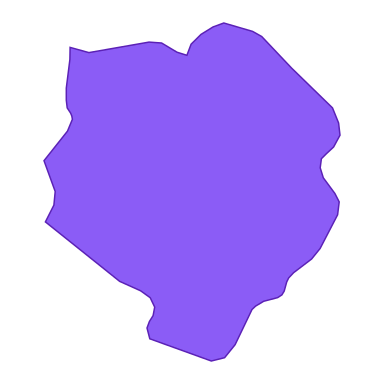 the border of Biella
{"feature_id": "ITA-5435", "entity_name": "Biella", "entity_type": "Province", "adm_level": 1, "iso_a3": "ITA", "parent_name": "Italy", "parent_adm1": "", "projection": "robinson", "projection_center": [8.102, 45.568], "detail": "fine", "context": "isolated", "style": "filled", "palette": "violet", "viewbox_px": 384, "rotation_deg": 0, "n_neighbors": 0, "source": "natural_earth", "source_scale": "10m", "svg_char_len": 810}
<svg xmlns="http://www.w3.org/2000/svg" viewBox="0 0 384 384"><path d="M223.8,23.0L252.6,31.4L261.7,36.5L291.6,68.1L332.5,107.9L338.6,123.0L340.0,135.2L333.6,147.0L326.5,153.6L321.4,158.7L320.2,167.8L323.3,177.8L334.9,193.5L339.2,201.9L337.6,214.8L320.1,248.5L311.6,259.0L293.6,272.7L288.7,277.9L286.7,282.0L284.2,291.1L281.9,294.9L277.7,297.6L263.6,301.3L255.6,306.1L252.0,309.5L235.1,344.7L224.6,357.7L211.3,361.0L149.8,338.8L147.0,328.0L149.4,321.5L153.1,315.6L154.7,307.1L150.2,297.7L140.6,290.8L119.7,281.4L45.4,221.9L53.9,205.1L55.2,191.5L44.0,160.7L67.5,131.1L72.4,119.3L71.8,116.0L70.6,113.1L67.2,107.9L66.3,100.2L66.3,88.1L69.9,59.4L70.1,47.4L88.9,52.6L149.0,42.1L161.6,43.0L177.0,52.2L186.9,55.3L191.1,44.2L201.0,34.4L213.1,26.9L223.8,23.0Z" fill="#8b5cf6" stroke="#5b21b6" stroke-width="1.5"/></svg>